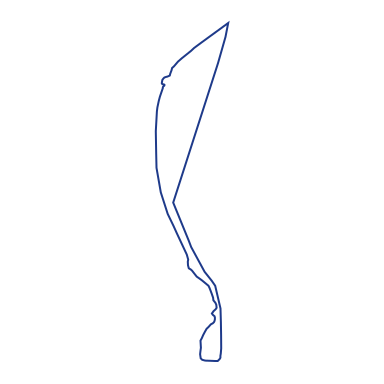 the district of Nukualofa, Tuvalu
{"feature_id": "33948139B78407922275584", "entity_name": "Nukualofa", "entity_type": "district", "adm_level": 2, "iso_a3": "TUV", "parent_name": "Tuvalu", "parent_adm1": "", "projection": "albers", "projection_center": [179.808, -9.373], "detail": "fine", "context": "isolated", "style": "outline", "palette": "blue", "viewbox_px": 384, "rotation_deg": 0, "n_neighbors": 0, "source": "geoboundaries", "source_scale": "gbopen_adm2", "svg_char_len": 1355}
<svg xmlns="http://www.w3.org/2000/svg" viewBox="0 0 384 384"><path d="M228.2,23.0L201.5,42.5L194.2,47.9L191.0,50.9L181.9,58.2L178.0,61.6L173.9,66.4L172.1,68.0L171.5,70.4L170.6,72.7L170.1,74.2L169.8,75.5L169.0,75.9L167.4,76.6L166.1,76.9L164.4,77.5L163.5,78.4L162.4,79.8L162.0,81.8L161.8,83.3L162.4,84.2L163.1,84.3L163.9,84.4L164.5,85.0L164.3,85.6L163.1,86.7L162.8,87.5L162.8,88.2L159.9,96.7L158.8,100.8L157.4,107.4L156.9,111.4L155.8,131.2L156.2,154.2L156.5,167.8L160.8,192.4L167.7,213.9L173.5,225.9L176.8,233.2L186.8,254.6L188.2,259.6L187.8,261.7L188.0,265.3L188.8,268.3L190.8,269.5L192.1,270.7L194.1,273.3L196.7,276.6L199.7,278.7L202.0,280.4L205.4,283.2L208.5,285.8L209.5,287.9L210.4,290.2L211.6,293.4L213.1,297.7L213.4,300.3L215.4,302.8L216.3,304.8L216.6,307.8L215.6,309.3L213.6,311.1L211.9,313.5L212.8,314.8L214.5,316.2L214.9,317.5L214.9,319.3L214.5,321.0L214.0,322.1L212.8,323.3L210.9,324.3L208.5,327.0L206.6,328.8L205.0,331.6L203.2,335.0L201.8,338.2L200.5,340.6L200.9,347.8L200.5,350.7L200.1,354.2L200.7,358.3L202.2,359.8L205.2,360.6L210.5,360.8L215.1,361.0L217.7,361.0L219.1,359.6L219.9,358.7L220.4,357.7L220.4,355.9L220.8,353.4L221.2,348.4L221.1,335.2L220.9,322.5L220.5,308.5L215.2,285.8L211.7,280.7L204.6,271.8L191.2,247.1L188.8,240.8L173.2,202.6L184.2,168.4L218.0,63.2L225.5,36.9L228.2,23.0Z" fill="none" stroke="#1e3a8a" stroke-width="2"/></svg>